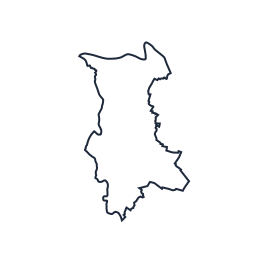 outline of Phu Cu, Hưng Yên, Vietnam, rotated 214°
{"feature_id": "81297802B40785510400399", "entity_name": "Phu Cu", "entity_type": "district", "adm_level": 2, "iso_a3": "VNM", "parent_name": "Vietnam", "parent_adm1": "Hưng Yên", "projection": "albers", "projection_center": [106.192, 20.713], "detail": "fine", "context": "isolated", "style": "outline", "palette": "slate", "viewbox_px": 256, "rotation_deg": 214, "n_neighbors": 0, "source": "geoboundaries", "source_scale": "gbopen_adm2", "svg_char_len": 5720}
<svg xmlns="http://www.w3.org/2000/svg" viewBox="0 0 256 256"><g transform="rotate(214 128 128)"><path d="M47.5,106.6L47.8,109.9L47.8,113.3L47.7,114.5L47.8,116.6L47.6,118.0L60.8,122.2L60.7,122.6L60.7,123.1L62.2,123.3L64.1,123.4L66.3,123.3L67.4,123.7L67.8,123.9L68.0,124.0L68.1,124.8L69.4,124.8L69.3,130.0L69.4,133.0L69.7,133.9L70.4,137.7L71.1,137.6L73.1,137.1L72.6,135.6L76.4,133.2L77.4,132.7L78.7,132.2L83.6,130.8L84.2,132.3L85.1,134.0L87.1,133.1L89.4,132.2L89.9,133.9L90.1,134.0L90.4,133.9L92.1,132.9L93.0,133.9L93.4,133.9L97.1,134.0L97.6,133.9L98.1,134.7L99.3,135.8L101.6,137.3L102.4,138.0L102.7,138.7L102.9,139.7L102.9,141.5L102.9,141.9L103.3,142.6L104.0,143.4L104.4,143.3L104.7,143.3L105.1,143.5L105.4,143.9L105.4,144.3L105.5,145.0L105.9,145.6L106.3,146.3L105.0,146.3L102.9,146.4L103.1,147.1L103.6,148.4L104.2,149.5L106.1,148.2L107.4,147.6L107.9,147.4L108.3,148.2L108.4,148.3L109.3,148.9L109.4,149.2L109.4,149.8L109.5,150.2L111.1,152.4L110.7,153.8L110.4,155.7L112.4,155.6L113.0,154.9L113.4,155.5L113.8,155.4L114.9,154.9L116.4,154.2L116.9,155.6L117.9,155.1L118.7,154.9L118.8,156.0L118.8,159.3L119.0,159.9L119.6,159.9L121.0,159.4L122.4,159.3L123.6,159.4L124.2,159.6L124.5,159.8L124.7,160.2L124.9,161.4L125.1,161.6L125.6,161.8L126.1,161.8L128.2,168.4L129.6,167.5L131.8,169.7L132.9,173.4L133.1,178.3L133.5,181.1L133.6,183.6L130.5,184.1L130.2,186.3L128.7,186.3L128.2,187.5L127.6,188.1L126.7,188.5L126.4,188.7L126.4,188.8L126.4,189.8L126.2,190.1L125.9,190.3L125.5,190.0L125.3,189.9L124.9,190.2L124.6,190.2L124.2,190.1L123.8,190.1L123.5,190.2L123.4,190.6L124.4,192.8L124.6,193.8L124.7,194.6L124.7,194.9L123.7,196.6L123.3,197.4L124.4,198.1L126.4,199.4L131.6,202.7L134.5,204.8L136.7,206.4L137.2,206.7L137.8,206.9L138.9,207.1L141.6,207.4L147.9,207.9L149.2,208.0L150.4,208.3L153.8,209.4L155.1,209.5L157.4,209.6L159.3,209.5L160.3,209.3L160.9,209.0L161.2,208.5L161.3,207.9L161.3,207.5L161.3,207.0L161.1,206.5L160.6,205.3L160.2,204.7L158.5,202.9L156.9,201.3L154.2,198.4L152.4,195.9L152.2,195.6L152.1,195.3L152.1,194.9L152.2,194.5L152.5,194.2L153.6,193.4L154.9,192.8L156.2,192.4L157.7,192.1L160.6,191.8L162.9,191.4L166.5,190.4L168.3,189.7L169.2,189.2L170.0,188.5L170.4,187.9L171.2,186.6L172.3,184.4L173.1,183.0L173.8,182.0L176.6,179.1L180.4,176.2L182.4,174.8L184.0,173.8L185.9,172.9L187.2,172.4L188.0,172.0L191.3,171.0L192.7,170.5L194.1,170.1L196.0,169.5L197.6,169.0L200.2,168.0L204.8,166.0L205.8,165.3L206.5,164.7L207.8,163.0L208.1,162.5L208.4,161.9L208.5,161.5L208.5,160.3L203.6,160.7L203.0,160.7L201.0,160.3L200.4,160.0L198.7,158.8L196.5,156.9L196.2,156.9L194.7,158.4L194.2,158.3L192.5,157.1L191.6,157.7L191.0,157.5L190.6,157.6L189.3,158.2L189.0,158.3L188.5,158.2L188.1,157.8L187.4,157.8L186.9,158.0L186.7,158.0L186.4,157.9L186.2,157.7L186.0,157.0L186.1,156.1L186.2,155.4L184.8,154.9L184.4,154.6L184.3,154.3L184.2,154.1L184.4,152.8L184.3,152.3L184.2,152.1L183.9,151.7L182.9,150.8L182.4,150.2L182.0,149.5L181.7,148.3L181.4,147.9L180.7,147.2L178.9,145.8L175.8,143.7L171.7,140.5L170.5,139.7L169.9,139.4L168.3,138.8L165.1,137.9L164.5,137.6L164.3,137.4L163.9,136.9L163.6,136.2L162.5,134.1L162.0,132.1L161.7,131.5L160.8,129.5L160.7,129.1L160.5,126.9L160.2,124.3L160.2,123.9L160.1,123.4L159.9,122.8L159.2,122.0L157.9,120.6L156.8,119.3L155.8,117.6L155.1,116.0L154.9,115.4L154.6,114.9L154.3,114.6L154.0,114.4L153.2,113.8L152.6,113.3L151.2,112.7L149.1,111.3L148.4,110.6L147.4,108.7L147.2,107.9L147.1,107.6L147.2,107.2L148.2,106.5L148.6,106.1L148.9,106.0L149.3,105.8L149.9,105.8L153.9,106.4L154.1,106.4L154.3,106.2L154.4,104.6L154.7,102.9L154.7,102.0L154.7,100.1L154.5,98.1L154.1,95.8L153.4,93.4L152.6,91.1L152.5,90.7L152.6,89.6L152.5,88.9L151.6,87.3L151.7,86.6L151.6,86.0L151.5,85.9L151.2,85.7L150.7,85.6L149.8,85.5L149.0,85.4L145.1,84.5L141.9,84.3L141.0,84.3L139.4,84.4L138.9,84.3L138.3,84.1L137.1,83.0L136.5,82.4L135.9,81.9L133.8,80.7L133.6,80.4L132.6,79.0L131.6,77.9L131.3,77.5L130.8,76.3L130.2,73.6L130.0,73.3L129.4,72.5L128.7,71.7L128.3,71.4L127.9,70.9L127.8,70.6L127.7,69.7L127.5,69.0L127.0,68.3L125.2,68.4L124.6,68.3L124.0,68.0L123.2,67.4L122.7,67.2L122.3,67.2L121.7,67.3L121.2,67.5L120.6,67.9L119.9,68.6L119.3,69.5L118.6,70.9L118.2,71.4L117.9,71.6L117.4,71.8L116.9,71.8L115.0,71.3L114.5,71.0L113.7,70.4L113.2,70.0L112.7,69.4L112.3,68.8L111.7,67.7L111.1,66.0L110.8,65.5L109.6,63.9L109.1,63.2L108.5,62.4L107.5,60.9L107.3,60.4L107.3,60.0L107.5,59.6L107.7,59.3L107.9,59.1L109.0,58.5L109.5,58.1L109.7,57.7L109.8,57.3L109.8,56.9L109.7,56.5L109.4,56.1L109.0,55.5L108.4,54.8L107.9,54.5L107.6,54.5L107.3,54.5L107.0,54.6L106.6,54.8L105.9,55.4L105.1,55.8L104.7,55.9L104.3,55.5L103.9,54.5L103.5,53.2L103.3,52.8L101.9,51.0L101.0,49.5L100.4,48.8L99.0,47.3L98.5,46.8L98.1,46.5L97.7,46.4L96.8,46.4L94.4,47.1L93.7,47.4L93.3,47.7L93.0,48.1L92.7,48.7L92.3,50.3L92.1,50.7L91.8,51.2L91.3,51.5L90.5,51.9L89.7,52.1L89.0,52.2L88.4,52.2L87.7,52.0L87.0,51.7L84.7,50.6L83.4,49.7L81.4,48.0L81.0,49.7L80.7,51.4L80.5,52.7L83.0,53.5L82.5,54.9L83.6,56.0L83.7,56.3L83.9,57.3L84.2,58.9L84.3,59.1L84.5,59.5L84.6,59.9L84.7,61.2L83.1,61.2L79.9,61.2L80.1,62.6L80.1,62.9L79.5,63.9L78.9,64.7L79.0,64.8L79.1,65.1L79.3,65.7L79.4,66.1L79.3,67.3L79.4,67.6L79.6,67.9L79.8,68.1L80.8,69.0L81.1,69.4L81.1,69.8L81.0,70.3L80.4,71.7L80.3,72.1L80.3,72.4L80.4,73.5L80.4,75.0L80.4,76.0L80.2,76.6L79.3,78.2L77.6,78.4L77.2,78.5L76.8,78.9L76.4,79.5L76.6,79.7L77.9,80.6L78.4,81.4L78.9,81.8L79.8,81.5L80.9,82.1L81.3,82.3L81.5,82.5L81.7,82.8L81.8,84.1L82.0,84.4L82.4,84.5L85.0,84.5L83.8,85.8L82.5,87.3L79.8,90.3L79.5,90.7L79.4,91.1L79.5,93.0L79.6,94.9L79.6,95.6L78.2,96.1L76.0,96.9L75.1,97.1L65.9,96.6L66.2,98.0L65.1,98.4L63.3,99.1L61.5,99.8L60.4,100.2L56.0,101.4L55.2,102.2L54.2,103.4L54.1,103.8L54.1,104.4L53.0,104.8L47.5,106.6Z" fill="none" stroke="#1e293b" stroke-width="2"/></g></svg>